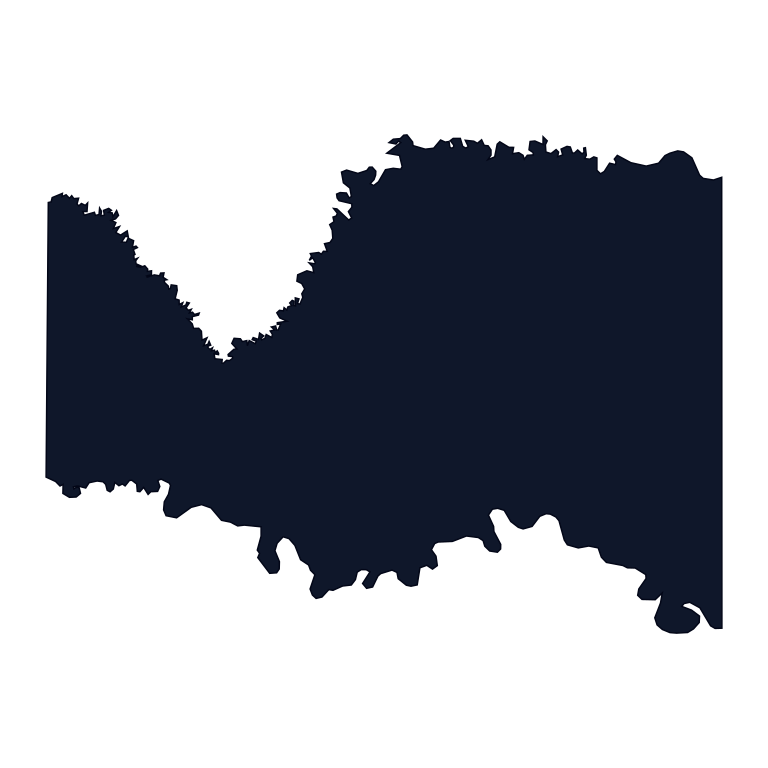 Puerto Arica, Amazonas, Colombia
{"feature_id": "7082276B12752174373355", "entity_name": "Puerto Arica", "entity_type": "district", "adm_level": 2, "iso_a3": "COL", "parent_name": "Colombia", "parent_adm1": "Amazonas", "projection": "mercator", "projection_center": [-71.635, -1.936], "detail": "fine", "context": "isolated", "style": "filled", "palette": "ink", "viewbox_px": 768, "rotation_deg": 0, "n_neighbors": 0, "source": "geoboundaries", "source_scale": "gbopen_adm2", "svg_char_len": 6094}
<svg xmlns="http://www.w3.org/2000/svg" viewBox="0 0 768 768"><path d="M721.9,628.2L721.7,177.3L713.5,180.0L703.2,178.4L699.6,175.2L691.9,157.8L683.6,151.9L677.7,150.9L669.9,153.2L665.0,155.6L658.6,163.2L646.2,166.1L630.9,162.7L617.3,155.4L614.3,159.1L616.0,161.9L615.5,164.6L609.6,163.2L604.3,171.5L600.5,173.8L596.9,170.3L596.9,157.9L593.8,156.9L589.9,159.2L584.7,158.6L586.3,155.2L585.4,147.7L583.7,148.1L584.0,152.2L582.1,153.9L577.7,150.0L574.4,153.1L572.4,153.0L570.3,147.0L567.0,146.4L561.1,149.1L562.7,154.9L557.6,156.7L558.6,152.1L556.1,149.6L551.0,153.6L545.9,152.0L545.4,144.7L547.2,140.9L543.1,136.8L543.0,144.5L534.9,141.0L530.1,141.5L529.0,149.8L533.1,152.5L533.4,154.9L527.3,155.3L524.3,159.3L523.0,155.3L518.8,152.7L512.5,153.7L513.6,147.4L508.9,147.3L499.8,141.8L497.2,144.2L494.7,156.9L487.8,159.7L491.0,155.1L491.0,150.0L488.1,145.8L484.2,145.4L481.6,139.8L477.4,143.3L473.8,141.2L465.3,140.3L468.3,146.6L465.8,148.1L462.7,146.4L460.3,138.4L453.2,138.4L450.3,140.6L453.8,145.2L453.4,147.5L451.4,148.2L449.9,147.2L449.0,141.5L445.2,142.1L440.6,140.0L433.7,148.2L425.3,149.2L413.0,145.6L412.6,142.0L407.0,134.9L403.7,135.2L400.3,138.6L393.3,139.2L389.0,142.6L395.9,144.0L398.5,141.1L400.8,142.6L386.8,153.2L399.5,155.4L402.2,166.6L400.7,169.2L393.2,168.3L385.5,169.7L378.5,181.8L373.7,185.6L370.2,183.7L374.0,179.6L375.6,175.1L375.8,171.2L372.2,167.1L369.3,167.2L366.8,170.5L357.9,173.4L346.6,170.1L341.5,172.1L343.4,182.8L349.9,188.0L351.4,196.5L349.2,198.0L346.4,193.0L340.1,192.6L336.6,194.1L337.1,197.9L339.1,200.7L351.8,203.7L351.9,207.2L348.4,211.6L351.7,218.0L348.7,220.0L336.9,208.9L333.6,208.5L337.4,213.3L336.2,216.0L333.0,217.1L334.0,221.7L329.7,224.6L332.2,230.2L332.8,238.4L330.0,242.5L324.5,243.7L327.3,251.4L323.4,251.3L321.4,254.2L318.7,252.5L310.3,253.6L311.5,256.1L309.3,260.3L312.7,257.8L315.3,262.4L314.7,263.8L309.1,262.9L312.7,266.7L313.8,272.7L306.9,270.8L297.7,274.8L296.9,281.2L301.7,283.5L304.7,288.9L301.8,293.8L302.8,297.3L300.0,304.0L297.4,303.7L299.0,298.9L295.3,297.9L295.5,305.9L293.8,305.6L293.8,301.1L292.2,300.4L289.7,303.0L291.8,305.6L287.9,306.9L286.8,310.0L284.1,307.7L283.4,310.9L279.5,310.3L276.8,312.8L279.8,317.9L287.1,321.2L277.3,322.7L277.3,324.4L280.7,324.0L278.1,330.1L276.7,330.0L275.6,326.0L271.4,327.0L274.7,329.9L270.2,331.0L272.4,334.3L271.8,337.5L266.2,334.5L264.9,338.4L261.6,339.8L260.9,338.4L263.7,335.9L259.6,333.1L258.5,339.4L253.2,337.6L252.2,339.6L256.4,341.2L255.2,343.7L249.2,340.6L247.4,345.8L246.8,340.6L242.4,341.6L240.4,338.8L234.1,338.3L231.8,343.4L236.9,349.0L233.9,349.3L228.1,354.5L228.4,356.1L232.5,356.6L232.6,358.3L229.5,360.6L226.6,360.3L223.3,363.4L221.8,362.9L222.2,359.5L214.9,358.8L214.1,353.8L218.5,354.6L218.6,353.3L217.2,350.9L215.2,352.7L214.5,350.2L211.4,350.8L212.5,347.8L209.9,349.4L208.0,347.7L208.1,346.0L210.7,345.2L209.1,341.4L207.8,344.4L203.6,345.7L207.0,337.8L202.0,340.1L201.4,331.2L198.7,328.3L193.6,328.4L192.2,323.8L187.3,318.8L192.3,319.8L192.3,316.6L198.5,315.1L199.2,313.1L194.5,314.5L192.5,312.2L189.4,312.9L191.3,309.3L188.5,310.3L186.0,308.0L189.3,303.0L186.8,302.3L185.9,305.0L181.2,307.0L182.8,302.7L179.2,304.5L179.1,300.1L175.1,298.8L177.2,290.3L176.7,285.7L171.2,284.9L170.4,288.6L168.7,289.1L168.3,286.1L164.5,282.4L164.3,280.2L166.8,279.7L163.1,277.3L164.0,272.9L160.6,273.1L159.5,275.8L154.3,274.9L147.2,277.2L146.5,275.9L151.4,274.7L151.5,270.8L147.4,271.4L147.7,269.1L144.8,265.8L140.5,267.4L136.7,266.5L136.9,265.2L138.8,266.6L140.8,265.9L136.0,263.8L135.7,260.8L137.6,258.2L134.2,259.6L133.7,255.2L135.0,254.4L133.3,249.5L137.4,247.6L136.0,246.1L132.4,247.3L133.6,240.7L128.1,238.2L126.3,242.3L121.5,242.1L125.4,236.2L128.3,236.9L127.2,230.9L120.5,235.1L115.8,232.5L119.5,226.5L113.3,228.6L115.9,222.6L111.1,220.3L115.5,218.9L118.5,215.4L116.6,210.6L112.9,216.8L112.2,212.9L108.5,212.4L111.4,210.3L108.7,208.4L103.6,210.4L104.4,215.2L100.9,215.8L101.5,211.3L99.6,208.1L99.0,214.6L95.4,215.4L94.4,212.3L84.3,215.2L82.7,211.6L87.0,211.5L87.6,203.0L85.3,205.4L81.4,203.5L78.8,205.9L77.0,204.0L78.6,198.2L73.8,198.6L71.7,195.7L69.5,198.3L66.1,194.8L62.0,196.6L62.4,193.4L52.2,197.6L51.1,201.9L48.3,202.5L46.1,477.1L55.6,481.5L60.0,486.0L63.1,484.4L62.9,493.4L69.4,497.3L76.2,497.0L80.5,493.4L79.2,487.9L77.0,487.1L73.9,488.9L73.4,486.8L77.6,485.9L85.7,488.0L89.1,482.7L97.1,481.0L103.1,481.8L105.7,484.4L107.2,490.3L110.1,491.8L113.3,489.0L114.8,482.4L118.9,485.7L122.4,484.0L125.1,485.9L129.5,480.4L131.9,480.3L136.7,484.0L137.3,491.3L139.9,491.7L143.7,487.4L148.1,494.4L150.8,491.7L157.6,491.4L159.8,486.5L157.8,480.5L161.1,479.1L169.3,483.1L170.5,485.4L168.5,494.3L164.3,501.8L163.6,509.9L166.1,515.7L176.6,517.8L191.2,507.3L201.6,504.6L211.0,507.9L221.5,520.3L230.4,522.1L237.7,525.9L244.3,525.1L261.1,526.8L261.1,536.2L257.3,550.1L259.6,553.3L257.8,557.6L269.7,573.3L276.6,572.8L279.2,569.0L279.4,561.6L274.9,550.7L277.1,543.3L283.1,536.8L289.0,538.6L294.9,545.4L300.6,559.7L308.6,565.0L310.5,570.2L314.9,574.7L310.1,589.0L312.4,595.0L316.1,598.4L322.0,597.0L328.8,589.6L333.0,590.3L342.6,586.0L351.3,585.0L355.4,579.6L357.2,572.1L361.3,569.6L366.3,569.7L370.0,571.9L362.6,583.5L366.6,588.3L372.6,587.0L377.9,576.1L380.7,573.6L392.0,570.1L397.0,572.4L398.2,578.7L406.3,585.2L411.0,586.2L417.2,584.9L419.9,567.8L426.8,565.3L432.5,569.1L437.3,565.6L436.0,556.2L431.4,549.7L434.7,543.5L438.2,542.0L452.4,541.4L466.4,536.0L478.3,537.5L483.1,540.6L484.8,546.2L489.7,551.0L497.4,552.2L500.6,549.0L500.7,544.4L493.9,531.5L493.6,526.4L488.4,515.1L492.4,509.2L497.7,508.3L504.2,510.3L510.8,521.5L518.3,527.3L523.1,528.9L532.1,526.4L539.8,516.3L546.1,513.7L550.3,514.1L555.9,517.0L559.0,520.7L564.3,540.0L567.4,544.8L578.3,547.9L588.8,546.0L598.2,547.9L601.4,557.2L606.4,562.4L622.9,565.5L627.4,567.8L635.2,568.0L645.8,574.6L646.1,578.5L638.8,589.0L637.7,595.3L642.0,599.4L655.2,599.7L662.3,592.9L660.5,603.1L654.8,617.8L657.1,624.9L662.4,629.5L670.0,632.6L676.6,633.1L687.6,632.5L693.5,628.9L699.2,622.5L699.5,616.1L691.5,610.1L681.7,606.4L684.1,603.5L689.8,602.3L699.9,607.8L710.6,625.8L715.1,628.4L721.9,628.2Z" fill="#0f172a" stroke="#020617" stroke-width="1.5"/></svg>